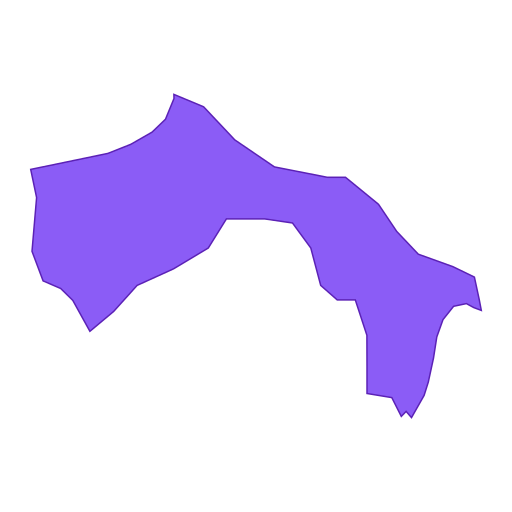 an SVG outline of Debar
{"feature_id": "MKD-2952", "entity_name": "Debar", "entity_type": "Statistical Region", "adm_level": 1, "iso_a3": "MKD", "parent_name": "North Macedonia", "parent_adm1": "", "projection": "natural_earth1", "projection_center": [20.605, 41.506], "detail": "fine", "context": "isolated", "style": "filled", "palette": "violet", "viewbox_px": 512, "rotation_deg": 0, "n_neighbors": 0, "source": "natural_earth", "source_scale": "10m", "svg_char_len": 746}
<svg xmlns="http://www.w3.org/2000/svg" viewBox="0 0 512 512"><path d="M89.9,331.3L72.8,300.4L60.7,288.5L43.1,280.9L32.0,251.3L36.6,197.6L30.7,169.4L107.9,153.4L130.8,144.3L152.1,132.1L165.5,119.2L174.0,98.5L173.9,94.4L203.6,106.8L234.8,139.9L274.4,166.9L327.3,177.3L345.5,177.3L378.5,204.3L396.7,231.4L418.3,254.2L453.0,266.7L474.4,277.1L479.3,299.9L481.3,310.4L473.8,307.6L466.4,303.6L453.6,306.3L443.0,319.6L436.8,336.9L433.5,358.1L428.3,382.1L424.1,395.4L411.5,417.6L406.1,411.4L401.3,416.4L391.8,397.6L367.0,393.5L367.0,366.5L366.9,335.3L355.3,299.9L337.2,299.9L320.7,285.4L310.8,248.0L292.5,223.0L264.6,218.9L226.4,218.9L208.3,248.0L173.6,268.8L137.1,285.4L113.7,311.4L89.9,331.3Z" fill="#8b5cf6" stroke="#5b21b6" stroke-width="1.5"/></svg>